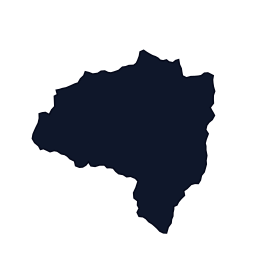 the district of Santa Bárbara do Tugúrio, Minas Gerais, Brazil, rotated 203°
{"feature_id": "56859067B74973065797584", "entity_name": "Santa Bárbara do Tugúrio", "entity_type": "district", "adm_level": 2, "iso_a3": "BRA", "parent_name": "Brazil", "parent_adm1": "Minas Gerais", "projection": "albers", "projection_center": [-43.531, -21.243], "detail": "fine", "context": "isolated", "style": "filled", "palette": "ink", "viewbox_px": 256, "rotation_deg": 203, "n_neighbors": 0, "source": "geoboundaries", "source_scale": "gbopen_adm2", "svg_char_len": 1953}
<svg xmlns="http://www.w3.org/2000/svg" viewBox="0 0 256 256"><g transform="rotate(203 128 128)"><path d="M70.0,209.5L76.0,209.9L79.1,208.3L81.0,204.8L83.6,203.1L86.8,201.4L90.3,199.8L93.8,197.0L98.3,197.3L100.8,201.1L102.3,203.6L105.5,206.5L108.1,210.7L110.5,208.7L112.1,205.6L116.2,204.8L119.2,205.7L121.8,203.6L124.8,202.9L127.7,204.0L130.6,204.3L133.8,204.1L137.1,204.4L140.1,204.8L144.0,205.6L146.6,202.8L145.6,198.6L145.4,193.8L145.6,190.8L147.2,187.9L151.6,185.8L154.1,183.4L156.9,181.8L159.0,177.4L162.4,174.3L165.2,172.0L168.1,171.2L171.7,171.4L175.0,169.7L177.1,166.5L181.6,163.8L185.5,163.7L189.3,163.1L189.1,158.9L190.9,154.7L191.5,149.9L194.0,147.8L197.1,144.4L200.6,140.8L203.8,138.6L206.1,136.6L208.8,134.8L206.0,131.2L208.2,128.5L206.2,124.3L203.8,119.2L205.3,115.0L205.7,109.6L210.1,110.0L212.8,108.5L215.3,106.4L213.4,102.3L212.5,97.5L212.8,92.7L212.9,89.3L212.9,85.2L211.9,80.9L208.2,78.1L203.2,76.6L200.2,74.1L197.8,76.0L194.2,75.9L190.5,75.7L187.2,78.4L184.0,79.1L179.3,78.2L175.8,78.9L172.7,78.4L169.4,77.0L164.3,76.7L161.5,72.8L157.4,72.9L154.5,74.4L152.3,77.4L151.2,81.4L147.3,78.7L143.3,79.8L139.8,82.8L135.2,84.8L131.7,83.3L128.9,84.6L125.9,85.3L122.4,83.4L118.7,82.3L114.3,83.3L110.2,82.6L106.7,84.6L101.5,84.6L97.9,82.9L97.3,76.2L97.5,70.5L95.1,65.9L90.5,64.7L89.1,60.7L86.3,58.5L86.6,53.9L83.3,51.0L79.4,52.2L75.9,51.6L72.3,49.9L68.0,49.2L65.2,48.3L62.1,47.2L58.4,45.5L54.5,45.3L51.5,46.4L52.3,52.6L51.2,57.3L52.3,61.0L52.3,64.4L53.6,67.7L54.2,70.8L55.3,73.7L52.9,76.2L52.7,79.7L51.5,83.7L49.7,88.0L52.2,91.9L50.0,95.4L47.9,100.7L44.8,103.2L41.6,104.4L41.0,108.3L41.9,113.0L40.7,117.3L41.2,121.1L41.8,125.3L43.5,128.5L44.7,133.4L47.8,138.1L49.3,141.7L51.1,144.1L51.7,148.3L51.9,154.0L55.8,156.7L56.6,161.2L55.8,164.8L53.8,168.7L53.3,173.3L55.6,175.2L58.2,177.1L60.4,179.0L59.1,184.2L60.9,187.9L62.3,191.5L62.6,195.7L65.6,199.4L67.6,202.7L69.1,205.6L70.0,209.5Z" fill="#0f172a" stroke="#020617" stroke-width="1.5"/></g></svg>